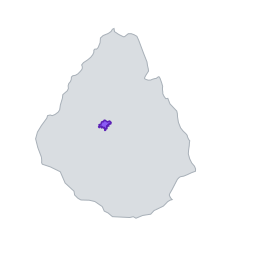 Paso de los Toros, Tacuarembó, Uruguay (highlighted), rotated 26°
{"feature_id": "84410073B41725704042311", "entity_name": "Paso de los Toros", "entity_type": "district", "adm_level": 2, "iso_a3": "URY", "parent_name": "Uruguay", "parent_adm1": "Tacuarembó", "projection": "albers", "projection_center": [-56.519, -32.72], "detail": "fine", "context": "in_parent", "style": "filled", "palette": "violet", "viewbox_px": 256, "rotation_deg": 26, "n_neighbors": 0, "source": "geoboundaries", "source_scale": "gbopen_adm2", "svg_char_len": 3974}
<svg xmlns="http://www.w3.org/2000/svg" viewBox="0 0 256 256"><g transform="rotate(26 128 128)"><path d="M199.1,173.0L197.6,174.3L196.0,176.7L194.0,182.7L187.6,190.8L186.2,195.5L179.5,200.2L174.7,205.6L171.6,205.4L168.8,207.7L152.9,214.5L147.3,213.1L143.1,213.1L139.3,209.9L130.4,208.6L124.8,209.9L117.3,213.3L115.0,213.2L113.4,213.0L109.4,211.6L107.2,208.5L95.6,205.0L86.3,197.0L75.3,197.0L66.9,198.1L65.6,197.1L64.7,195.0L62.9,192.1L55.5,185.1L49.7,178.2L48.4,171.3L49.1,163.8L50.7,154.8L50.3,152.1L52.4,150.4L54.5,150.1L56.5,147.8L58.3,144.3L58.6,141.6L57.1,136.8L56.0,130.0L54.8,126.6L57.1,121.2L57.1,118.6L55.7,116.3L55.3,114.0L55.9,111.5L55.7,109.2L54.8,107.0L55.5,105.2L57.6,103.7L59.2,101.4L60.2,98.4L60.8,96.1L60.8,94.5L60.1,93.0L58.7,91.6L59.3,88.8L61.8,84.6L63.5,80.8L64.2,77.6L64.1,74.9L63.2,73.0L63.6,71.6L65.2,70.9L65.9,68.8L65.5,63.5L63.8,59.2L65.1,55.8L68.7,51.8L70.5,48.6L70.7,46.1L71.8,44.7L73.6,47.3L78.8,48.0L84.0,48.0L84.9,47.4L86.9,43.1L89.6,41.8L92.6,41.5L95.8,41.7L99.2,44.5L109.0,53.8L116.1,60.3L118.2,63.4L120.1,65.7L121.5,67.8L120.9,73.3L120.9,75.7L121.3,76.4L122.9,76.5L125.3,76.1L127.3,75.0L128.9,73.2L130.5,71.8L131.7,71.0L132.2,69.8L132.9,68.6L133.6,68.4L135.0,69.3L138.3,72.5L140.9,75.4L141.5,77.1L142.4,78.8L143.5,80.4L144.2,81.9L146.6,83.8L149.1,85.1L150.8,83.9L155.1,87.9L164.4,91.4L166.1,93.5L167.7,96.4L170.9,100.9L175.3,104.9L178.9,106.6L182.4,107.7L184.3,108.6L185.6,110.1L187.7,111.8L189.1,112.4L189.5,113.9L190.8,117.1L192.1,121.2L193.6,124.9L196.9,128.6L200.6,131.5L204.5,133.2L206.7,135.2L207.6,137.3L204.8,140.2L201.8,143.9L199.2,146.8L196.5,148.8L195.6,150.2L194.9,152.4L194.6,164.2L194.3,168.6L194.4,169.8L194.8,170.5L196.4,171.8L198.3,172.8L199.1,173.0Z" fill="#d9dde1" stroke="#a8b0b8" stroke-width="1"/><path d="M103.3,131.4L103.3,131.5L103.2,131.8L103.2,132.0L103.1,132.3L103.1,132.5L103.3,132.7L103.3,132.8L103.2,133.0L103.0,132.9L102.9,133.0L102.7,133.0L102.4,133.4L102.4,133.5L102.2,133.6L102.0,133.8L101.9,133.9L101.8,134.0L101.7,134.2L101.6,134.3L101.6,134.5L101.7,134.9L101.8,135.0L102.0,135.1L102.0,135.4L102.0,135.6L101.9,135.9L101.9,136.1L101.9,136.3L101.9,136.5L102.0,136.7L102.0,136.8L101.9,136.9L101.8,137.0L101.6,137.1L101.3,137.1L101.1,137.2L101.1,137.3L100.9,137.5L100.7,137.6L100.6,137.8L101.3,138.3L101.5,138.4L101.6,138.6L101.3,138.9L101.1,139.1L101.1,139.4L101.1,139.8L101.5,140.1L101.9,140.2L102.0,139.9L102.3,139.5L102.4,139.2L102.6,139.0L102.8,138.9L103.0,138.8L103.4,138.1L103.6,138.1L103.9,138.2L104.1,138.2L104.3,138.2L104.4,138.3L104.3,138.5L104.1,138.6L104.0,138.8L103.9,139.0L104.0,139.4L104.3,139.4L104.4,139.2L104.4,138.9L104.5,138.9L104.8,138.7L104.9,138.3L104.9,138.2L105.0,138.2L105.1,138.3L105.2,138.5L105.3,138.6L105.9,138.7L106.1,138.7L106.2,138.3L106.3,138.1L106.5,138.0L106.7,138.4L106.8,138.6L107.1,138.7L107.3,138.4L107.5,138.4L107.7,138.5L107.9,138.8L107.9,139.1L107.8,139.4L107.8,139.6L107.8,139.8L107.9,140.0L108.0,140.1L108.2,140.3L108.3,140.3L108.6,140.1L108.7,139.9L108.6,139.5L108.7,139.4L108.6,139.2L108.4,138.9L108.3,138.4L108.5,138.1L108.9,138.0L108.9,137.9L109.0,137.9L109.1,138.0L109.2,137.9L109.1,137.6L109.2,137.4L109.0,137.1L108.8,136.8L108.5,136.7L108.4,136.5L108.3,136.4L108.3,136.2L108.2,136.1L108.1,135.9L108.3,135.8L108.1,135.6L108.0,135.4L108.0,135.2L108.3,135.0L108.6,135.0L108.7,135.3L108.8,135.3L108.8,135.2L109.0,134.9L109.3,134.8L109.1,134.6L108.8,134.6L108.5,134.5L108.5,134.1L108.5,133.9L108.8,133.9L108.9,134.1L109.1,134.2L109.4,134.2L109.2,133.9L109.2,133.6L109.3,133.4L109.2,133.0L109.1,132.9L109.1,132.6L109.3,132.6L109.5,133.0L109.7,132.9L109.8,132.7L109.9,132.4L110.0,132.2L110.0,131.8L109.9,131.6L110.2,131.5L110.4,131.5L110.6,131.6L110.6,131.3L110.5,131.1L110.5,130.8L110.4,130.6L110.3,130.4L109.7,130.2L109.2,130.1L108.5,129.8L107.9,130.4L107.6,130.6L107.5,130.9L107.0,131.5L106.6,131.5L106.4,131.4L106.1,131.5L105.9,131.4L105.7,131.4L105.2,131.4L104.9,131.3L104.2,131.1L103.3,131.4Z" fill="#8b5cf6" stroke="#5b21b6" stroke-width="1.5"/></g></svg>